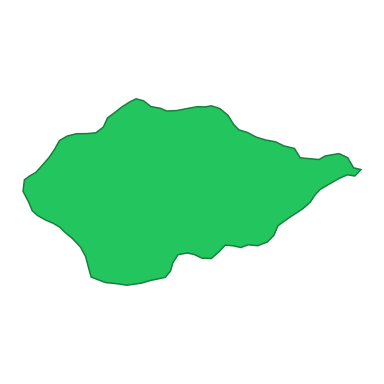 the district of Cocal do Sul, Santa Catarina, Brazil
{"feature_id": "56859067B62749816333800", "entity_name": "Cocal do Sul", "entity_type": "district", "adm_level": 2, "iso_a3": "BRA", "parent_name": "Brazil", "parent_adm1": "Santa Catarina", "projection": "albers", "projection_center": [-49.326, -28.6], "detail": "fine", "context": "isolated", "style": "filled", "palette": "green", "viewbox_px": 384, "rotation_deg": 0, "n_neighbors": 0, "source": "geoboundaries", "source_scale": "gbopen_adm2", "svg_char_len": 1234}
<svg xmlns="http://www.w3.org/2000/svg" viewBox="0 0 384 384"><path d="M339.0,153.6L331.8,154.8L325.2,156.0L319.0,159.5L311.1,158.8L300.2,157.8L294.5,148.5L283.6,145.8L275.6,141.8L265.7,140.0L256.4,137.2L247.5,132.5L238.8,129.8L233.5,124.3L228.0,115.3L219.9,108.6L211.4,105.8L204.5,107.0L197.7,106.6L186.7,108.6L177.1,110.5L166.7,111.0L160.2,108.2L150.9,106.6L143.6,100.8L136.1,98.8L129.6,102.0L122.3,106.6L114.1,113.0L107.5,117.9L103.4,127.0L95.9,132.8L87.2,133.6L76.6,133.7L67.3,136.0L59.4,140.6L54.6,149.3L48.7,157.9L40.8,166.9L35.8,172.4L29.6,176.0L24.4,179.8L23.0,191.3L28.5,201.8L32.3,210.8L37.5,215.5L46.1,220.3L53.2,223.3L59.9,227.3L64.6,232.0L72.9,239.0L80.5,247.1L85.6,256.5L88.3,266.8L91.1,277.0L97.7,279.6L105.2,282.5L116.5,283.7L126.9,285.2L141.2,283.2L150.3,280.5L158.1,278.9L165.3,277.3L170.5,271.0L172.9,262.8L178.0,254.7L187.4,253.0L194.2,254.5L202.1,258.2L211.3,258.5L219.0,251.8L225.1,245.2L232.6,245.7L240.9,247.5L248.2,244.8L257.7,245.7L267.4,242.0L273.9,235.3L278.0,225.7L289.4,217.5L296.7,212.8L303.1,208.5L310.3,202.1L315.5,194.3L320.4,189.3L327.6,185.0L333.8,181.5L339.5,178.3L347.4,174.8L354.8,176.0L361.0,169.6L353.6,167.8L347.6,157.6L339.0,153.6Z" fill="#22c55e" stroke="#15803d" stroke-width="1.5"/></svg>